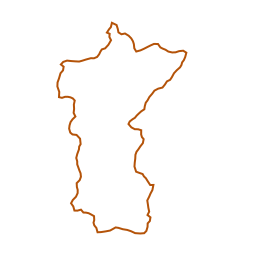 Apiacá, Espírito Santo, Brazil, rotated 174°
{"feature_id": "56859067B41801731555514", "entity_name": "Apiacá", "entity_type": "district", "adm_level": 2, "iso_a3": "BRA", "parent_name": "Brazil", "parent_adm1": "Espírito Santo", "projection": "mercator", "projection_center": [-41.557, -21.07], "detail": "fine", "context": "isolated", "style": "outline", "palette": "amber", "viewbox_px": 256, "rotation_deg": 174, "n_neighbors": 0, "source": "geoboundaries", "source_scale": "gbopen_adm2", "svg_char_len": 2284}
<svg xmlns="http://www.w3.org/2000/svg" viewBox="0 0 256 256"><g transform="rotate(174 128 128)"><path d="M126.8,21.8L122.9,21.7L120.5,23.7L118.9,27.6L118.4,31.1L116.0,33.2L115.0,36.8L117.7,39.4L115.7,42.6L116.1,46.6L116.2,49.9L116.4,53.9L114.1,57.5L112.5,60.4L110.2,63.8L108.7,68.7L111.9,69.0L114.0,73.1L115.5,76.2L117.2,78.2L118.3,80.7L121.3,82.1L124.5,83.7L125.6,89.0L124.9,92.9L124.0,96.7L123.4,100.6L122.0,103.5L120.1,105.5L117.6,108.5L114.8,111.4L113.6,115.3L115.1,117.5L115.6,120.2L115.1,124.4L118.1,125.7L121.4,126.1L124.6,128.3L127.1,131.9L125.6,134.3L122.6,136.2L120.1,137.4L118.0,139.5L115.7,141.3L113.1,143.2L109.8,144.9L109.0,148.0L107.7,151.3L105.7,153.4L103.5,156.6L100.3,159.6L97.8,162.4L93.8,164.0L89.5,164.6L86.8,167.3L84.4,170.3L81.1,171.5L79.1,173.9L76.5,177.7L73.4,180.4L69.9,182.9L68.3,185.0L67.3,187.6L65.4,189.6L63.7,192.6L62.1,196.8L65.0,199.1L69.1,199.1L72.8,198.3L76.1,198.5L79.9,199.8L82.5,201.9L85.3,203.4L87.4,204.8L89.4,208.4L93.4,208.9L96.5,207.9L100.0,206.6L103.9,205.1L107.5,203.9L111.8,203.2L113.4,206.6L113.4,210.8L114.0,213.7L115.4,216.8L117.7,219.7L121.1,222.3L124.7,221.9L127.5,224.1L127.8,227.6L128.6,231.6L133.0,234.3L134.5,230.1L136.6,228.1L139.0,225.1L136.4,223.6L137.0,220.5L135.7,217.1L138.8,212.8L142.4,209.6L145.8,208.9L147.5,206.8L149.0,204.3L151.3,201.9L154.5,200.9L157.7,201.3L162.6,200.5L166.5,199.7L169.6,199.2L172.9,199.7L177.4,200.5L181.6,201.4L185.5,200.5L188.1,198.2L185.6,195.7L186.6,192.1L189.4,189.5L191.4,184.6L193.3,180.7L193.9,176.7L192.6,171.1L193.4,165.9L190.5,164.9L187.3,165.6L184.5,165.3L182.0,164.5L179.8,163.2L178.1,160.9L179.4,156.9L179.6,152.6L180.5,148.7L179.1,144.9L182.2,142.5L184.5,139.9L185.9,136.6L186.6,133.5L185.9,129.5L183.9,127.4L179.9,126.5L176.8,122.4L176.8,116.9L178.5,114.6L179.0,111.9L181.2,107.4L182.6,103.6L182.0,100.2L182.3,97.1L181.6,94.3L180.8,90.9L179.9,87.9L179.9,84.4L181.5,81.2L184.8,78.5L185.0,74.6L184.5,71.7L184.9,68.5L186.9,65.1L190.4,62.2L192.5,59.1L190.6,55.7L189.9,51.5L187.0,51.1L183.3,51.7L181.2,48.6L178.5,48.2L176.1,47.4L173.8,45.9L171.0,43.9L171.2,40.0L172.2,37.4L171.7,34.7L169.9,31.9L169.2,27.5L165.7,27.3L161.2,27.5L156.5,27.9L153.0,29.4L150.7,30.4L148.0,29.7L143.8,27.9L139.4,26.7L135.7,25.0L131.9,22.7L126.8,21.8Z" fill="none" stroke="#b45309" stroke-width="2"/></g></svg>